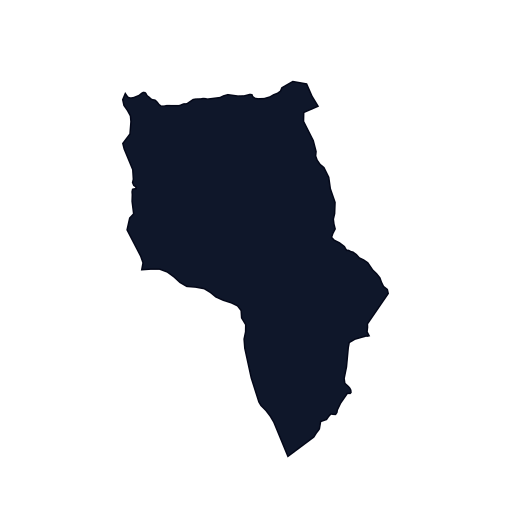 map outline of Dodoma (orthographic projection), rotated 159°
{"feature_id": "TZA-3385", "entity_name": "Dodoma", "entity_type": "Region", "adm_level": 1, "iso_a3": "TZA", "parent_name": "United Republic of Tanzania", "parent_adm1": "", "projection": "orthographic", "projection_center": [35.912, -5.778], "detail": "fine", "context": "isolated", "style": "filled", "palette": "ink", "viewbox_px": 512, "rotation_deg": 159, "n_neighbors": 0, "source": "natural_earth", "source_scale": "10m", "svg_char_len": 2251}
<svg xmlns="http://www.w3.org/2000/svg" viewBox="0 0 512 512"><g transform="rotate(159 256 256)"><path d="M367.6,284.1L363.9,290.1L363.7,297.2L367.0,326.6L360.3,336.7L355.1,339.2L352.1,351.4L349.5,357.6L348.7,360.3L347.3,362.5L345.6,362.3L343.8,361.8L343.4,363.7L344.8,365.7L344.9,368.8L343.0,371.6L340.1,380.8L340.7,403.2L340.0,408.8L329.9,415.1L324.6,426.2L323.0,431.8L323.8,437.9L325.3,443.9L324.4,449.7L319.8,454.5L319.1,451.5L318.4,449.7L316.3,448.3L313.3,447.7L307.6,447.8L304.3,448.9L302.6,449.1L301.1,448.3L300.6,447.3L300.3,444.9L299.8,443.9L299.1,442.9L297.7,440.1L296.8,439.1L294.9,438.0L294.2,437.4L293.1,434.9L292.3,432.1L290.8,429.8L287.9,428.8L285.5,428.4L274.3,424.0L272.7,423.8L270.0,423.9L268.6,423.8L267.6,423.3L265.8,422.9L258.6,424.6L256.1,424.1L251.2,422.4L249.0,422.0L247.2,421.2L245.0,419.8L243.7,419.5L232.8,416.8L228.9,417.1L224.5,416.7L215.6,411.8L209.7,409.7L203.7,409.0L202.0,408.0L202.0,406.0L200.4,403.5L197.7,402.0L191.9,400.0L185.9,399.5L181.8,400.2L177.6,400.2L174.1,401.1L171.5,403.8L159.1,405.7L147.1,398.5L146.5,385.2L144.4,373.6L160.0,372.9L163.4,364.6L161.2,343.2L162.5,332.0L164.5,328.0L164.6,323.6L163.4,318.6L160.9,314.2L159.9,303.4L162.5,292.2L163.0,277.7L167.4,267.4L170.6,262.7L171.8,257.9L172.4,252.9L176.2,249.5L178.8,246.4L177.4,242.8L173.3,238.3L170.1,233.1L169.8,230.7L169.3,228.7L168.1,228.4L167.2,227.7L165.9,226.1L164.1,224.9L161.8,221.3L160.3,217.3L156.9,213.7L154.1,209.6L152.1,201.1L149.8,196.2L148.2,191.2L148.3,186.5L147.9,181.9L145.4,177.7L146.0,173.6L176.3,152.7L177.4,149.5L179.5,145.4L179.0,141.0L180.6,141.2L182.1,141.9L193.5,142.9L200.0,141.8L202.7,137.4L211.3,120.0L217.6,110.1L218.7,105.3L216.5,100.9L215.8,98.9L215.6,96.8L216.2,94.6L217.3,94.0L220.0,95.0L229.8,88.3L235.2,83.2L236.5,81.0L238.5,79.6L240.6,80.5L242.7,81.7L245.7,80.2L248.8,78.1L255.0,78.3L258.8,71.9L260.2,70.9L263.2,69.1L266.9,66.3L298.0,57.5L298.9,94.5L300.1,101.5L302.1,108.3L304.9,114.6L305.6,118.7L304.1,144.0L299.5,174.0L296.9,182.7L292.9,188.9L290.2,195.6L291.6,203.4L289.4,210.4L291.1,216.1L295.8,221.1L302.3,226.3L308.1,232.1L311.6,238.3L316.0,244.0L323.5,248.6L331.5,252.4L336.4,258.5L340.0,265.8L344.5,272.8L350.7,278.3L359.0,281.5L367.6,284.1Z" fill="#0f172a" stroke="#020617" stroke-width="1.5"/></g></svg>